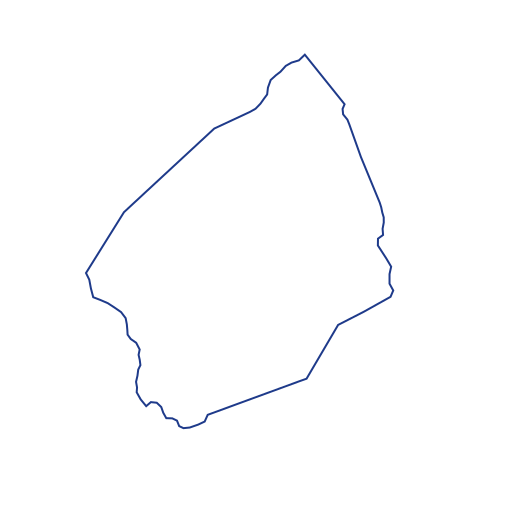 Cardeal da Silva, Bahia, Brazil (orthographic projection), rotated 220°
{"feature_id": "56859067B32277633008577", "entity_name": "Cardeal da Silva", "entity_type": "district", "adm_level": 2, "iso_a3": "BRA", "parent_name": "Brazil", "parent_adm1": "Bahia", "projection": "orthographic", "projection_center": [-37.94, -12.045], "detail": "fine", "context": "isolated", "style": "outline", "palette": "blue", "viewbox_px": 512, "rotation_deg": 220, "n_neighbors": 0, "source": "geoboundaries", "source_scale": "gbopen_adm2", "svg_char_len": 1106}
<svg xmlns="http://www.w3.org/2000/svg" viewBox="0 0 512 512"><g transform="rotate(220 256 256)"><path d="M269.3,416.9L273.6,419.2L280.3,420.5L284.2,424.3L285.7,429.2L348.0,441.6L348.9,433.4L353.1,427.0L355.4,420.8L355.7,412.9L356.9,407.4L357.9,400.3L355.1,392.7L351.3,386.9L351.0,381.6L350.5,375.5L351.0,368.5L353.3,362.4L369.9,326.8L381.7,233.4L385.3,204.7L375.3,133.7L368.5,130.7L361.7,125.1L354.2,119.8L347.2,122.2L339.2,124.6L330.8,125.6L323.3,126.3L315.9,124.6L311.0,120.6L307.1,116.7L303.8,113.2L298.6,111.9L292.0,112.5L285.0,109.6L282.4,104.8L278.3,101.7L274.4,98.1L273.2,93.3L269.8,88.0L267.0,82.5L262.6,78.8L259.8,74.9L252.1,72.0L243.6,70.4L242.6,76.5L237.7,79.8L231.5,79.4L226.3,76.3L220.5,74.1L215.8,77.8L210.7,79.1L205.5,76.3L200.9,77.5L196.5,82.0L191.9,89.7L188.9,96.2L190.9,103.3L142.3,187.9L138.4,194.5L148.8,256.0L137.5,282.8L126.7,311.2L128.7,317.8L135.9,320.6L142.1,328.0L145.6,334.7L154.7,337.9L169.4,342.4L173.7,347.7L172.2,353.8L176.5,358.2L179.6,363.7L183.0,367.7L187.1,370.4L191.4,373.8L195.5,376.4L239.3,399.3L269.3,416.9Z" fill="none" stroke="#1e3a8a" stroke-width="2"/></g></svg>